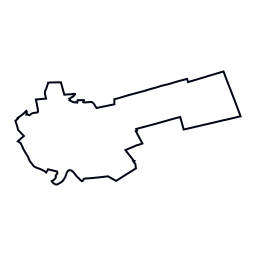 outline of Umbraresti, Galati, Romania
{"feature_id": "2599482B20952692718710", "entity_name": "Umbraresti", "entity_type": "district", "adm_level": 2, "iso_a3": "ROU", "parent_name": "Romania", "parent_adm1": "Galati", "projection": "natural_earth1", "projection_center": [27.455, 45.712], "detail": "fine", "context": "isolated", "style": "outline", "palette": "ink", "viewbox_px": 256, "rotation_deg": 0, "n_neighbors": 0, "source": "geoboundaries", "source_scale": "gbopen_adm2", "svg_char_len": 2630}
<svg xmlns="http://www.w3.org/2000/svg" viewBox="0 0 256 256"><path d="M81.7,181.2L82.6,180.8L83.2,180.4L83.5,179.9L83.5,179.6L83.5,179.4L83.5,179.2L84.4,178.7L85.3,178.5L88.6,178.3L91.9,178.1L101.4,177.1L107.3,176.4L107.9,176.3L108.4,176.6L109.9,177.4L116.1,180.9L125.3,175.0L135.9,168.4L135.3,163.7L134.0,162.4L134.2,161.8L133.8,162.0L133.1,160.9L133.8,160.7L133.7,160.6L133.2,160.0L125.4,150.1L125.6,150.0L129.9,148.2L134.9,146.1L136.4,145.4L139.3,144.6L139.7,144.4L142.1,143.6L142.4,143.5L135.8,131.1L137.0,130.6L136.2,129.0L138.0,128.5L153.4,124.4L153.5,124.4L177.0,117.8L180.2,117.0L183.7,129.5L183.8,129.5L217.4,121.7L224.4,120.0L224.9,120.0L240.6,116.3L235.0,101.4L228.2,83.8L228.1,83.7L223.5,71.5L207.5,76.2L207.4,76.3L188.1,82.1L187.0,78.9L179.5,80.9L174.8,82.2L173.3,82.7L167.9,84.3L165.1,84.9L162.4,85.6L161.0,85.9L157.2,87.2L152.0,88.6L146.5,90.2L145.9,90.4L145.9,90.5L129.5,94.9L125.4,96.1L124.5,96.4L124.4,96.4L119.4,97.9L119.0,98.0L116.3,98.8L116.0,98.8L114.3,99.2L114.4,104.3L96.5,108.0L93.7,103.5L91.6,101.9L84.0,102.5L83.2,102.1L83.7,100.6L84.6,100.1L80.1,100.2L79.6,100.2L78.7,100.2L77.6,100.2L77.2,102.6L75.7,102.1L74.9,102.5L73.6,102.2L73.4,102.1L72.6,101.8L72.1,101.6L69.4,100.1L69.5,99.9L69.8,99.5L69.9,99.3L69.9,99.2L69.7,98.9L69.8,98.9L70.0,98.5L70.6,98.0L71.5,97.4L72.8,96.7L73.3,96.4L73.6,96.0L73.9,95.6L74.1,95.3L74.5,94.9L75.0,94.4L75.0,94.2L74.9,94.0L74.8,93.9L73.4,94.0L72.9,94.0L72.7,94.2L71.7,94.2L66.7,94.5L64.3,94.7L60.9,82.3L49.7,82.5L48.4,82.9L48.2,82.8L45.9,89.6L45.1,90.9L44.9,92.0L45.0,94.3L46.1,98.6L35.9,99.5L37.7,108.6L37.8,108.7L38.0,111.7L37.8,112.0L37.3,112.5L37.1,112.5L34.1,112.9L32.5,113.2L31.2,113.9L29.5,115.3L28.6,114.9L27.9,114.6L27.5,114.6L27.1,114.5L26.4,114.6L26.9,111.8L26.3,110.9L23.4,113.8L17.6,118.1L18.0,118.5L16.1,120.3L15.4,120.7L15.4,120.8L17.2,126.3L18.1,130.0L23.9,136.0L17.8,141.3L18.7,141.9L19.1,142.1L19.8,142.6L20.7,143.2L21.5,144.9L21.9,145.7L22.7,147.5L23.6,149.5L26.6,154.6L28.3,157.3L28.9,159.1L30.0,161.4L31.9,163.7L33.7,166.2L36.7,167.8L39.9,168.9L44.2,170.9L46.1,172.5L46.6,171.7L47.2,170.9L47.5,170.4L47.8,169.8L48.0,169.3L57.0,171.5L57.2,172.3L57.4,173.4L57.1,173.9L56.8,174.2L56.4,174.6L56.1,174.9L56.0,175.3L55.8,175.5L55.7,175.9L55.8,176.1L55.8,176.4L55.9,176.7L55.8,177.0L55.7,177.5L55.4,178.2L55.2,178.6L54.7,179.0L54.4,179.2L54.2,179.5L54.0,179.8L53.7,180.0L51.7,181.1L53.2,183.0L55.3,184.4L57.1,184.5L59.7,183.1L60.7,182.5L61.6,182.0L63.3,180.2L65.2,177.2L66.8,172.6L67.9,171.0L69.2,170.1L70.1,170.3L71.2,170.4L72.8,171.5L74.4,173.4L77.0,176.8L78.4,177.9L79.8,179.5L80.8,180.2L81.7,181.2Z" fill="none" stroke="#020617" stroke-width="2"/></svg>